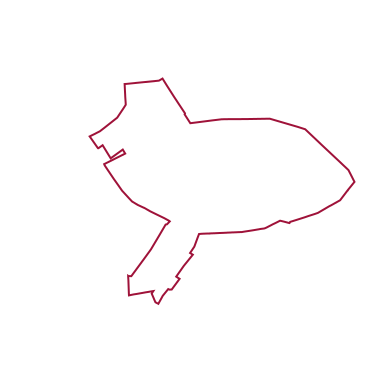 the district of Dudestii Vechi, Timis, Romania, rotated 309°
{"feature_id": "2599482B33662802987078", "entity_name": "Dudestii Vechi", "entity_type": "district", "adm_level": 2, "iso_a3": "ROU", "parent_name": "Romania", "parent_adm1": "Timis", "projection": "equal_earth", "projection_center": [20.432, 46.07], "detail": "fine", "context": "isolated", "style": "outline", "palette": "rose", "viewbox_px": 384, "rotation_deg": 309, "n_neighbors": 0, "source": "geoboundaries", "source_scale": "gbopen_adm2", "svg_char_len": 2142}
<svg xmlns="http://www.w3.org/2000/svg" viewBox="0 0 384 384"><g transform="rotate(309 192 192)"><path d="M292.6,311.9L302.1,311.9L305.6,304.1L307.5,299.8L308.7,284.1L310.2,263.4L312.0,240.5L309.2,233.3L297.9,206.3L284.1,189.8L283.6,189.2L276.6,180.7L270.0,172.6L267.2,169.3L260.4,162.7L244.4,147.4L247.7,137.4L248.7,137.1L252.1,126.3L254.7,118.1L258.8,105.8L261.6,97.7L257.9,96.3L257.7,96.2L233.5,71.7L233.4,71.8L228.8,75.9L225.7,78.7L224.1,80.1L222.8,81.3L219.8,84.1L218.1,85.6L213.6,86.1L204.9,86.9L202.7,87.1L186.7,83.5L181.2,82.2L179.4,81.4L178.1,80.8L176.2,80.0L174.9,79.4L173.0,78.5L171.0,77.6L170.8,77.5L166.9,91.2L166.9,91.5L167.1,91.7L172.1,93.1L167.0,107.6L181.4,111.5L179.8,115.9L158.4,106.2L157.7,107.5L156.3,112.0L154.5,117.9L152.9,123.1L151.6,127.8L149.0,136.9L147.6,146.3L146.9,151.4L147.8,157.9L149.5,164.7L149.6,164.8L150.7,171.7L152.3,178.7L154.2,186.8L155.0,191.2L155.2,192.4L155.2,193.2L151.2,192.9L150.1,192.0L138.9,193.7L121.6,196.2L112.5,196.7L88.4,197.8L86.6,195.4L86.6,195.2L86.1,195.6L83.4,198.1L74.2,206.1L72.3,207.8L72.0,208.1L73.5,209.3L75.7,211.1L78.0,213.2L80.2,215.1L82.6,217.2L84.6,218.9L86.6,220.7L88.8,222.6L90.7,224.3L87.7,224.6L86.6,226.7L85.4,229.0L84.3,231.0L83.3,233.0L83.9,236.2L90.8,235.0L92.8,234.6L101.6,234.6L101.9,235.8L103.4,237.6L116.7,237.0L116.3,233.0L129.5,232.1L143.8,232.1L143.4,228.9L151.0,228.2L160.1,225.1L163.8,223.9L165.9,226.1L168.8,229.4L170.9,231.9L171.0,231.9L171.8,232.8L174.5,235.9L177.1,238.8L179.9,242.0L182.4,244.8L182.8,245.2L184.8,247.5L185.3,248.0L187.2,250.2L190.4,253.8L191.8,255.4L192.2,255.9L193.8,257.3L194.7,258.1L197.0,260.2L199.3,262.3L201.2,264.0L202.8,265.4L204.3,266.7L204.5,266.9L204.6,267.0L206.4,268.5L209.0,271.0L209.7,271.5L211.5,272.4L213.6,273.3L214.7,273.8L216.5,274.6L217.3,274.9L220.0,276.2L223.3,277.7L224.9,278.4L225.1,278.5L225.7,279.7L226.8,282.0L228.8,286.5L229.0,286.9L229.2,287.3L229.3,287.3L230.6,287.1L232.2,288.2L235.5,290.4L240.2,293.5L243.4,295.6L246.3,297.4L249.2,299.3L252.1,301.2L255.0,303.0L267.5,307.7L269.0,308.4L278.8,312.3L285.0,312.1L291.7,311.9L291.7,312.0L292.6,311.9Z" fill="none" stroke="#9f1239" stroke-width="2"/></g></svg>